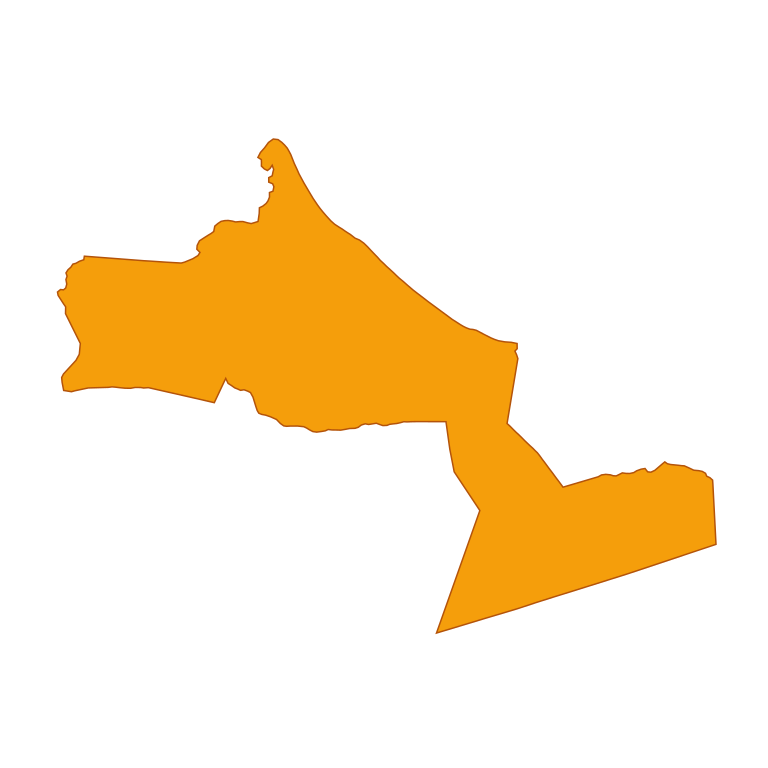 the district of Aracati, Ceará, Brazil, rotated 356°
{"feature_id": "56859067B80165921841857", "entity_name": "Aracati", "entity_type": "district", "adm_level": 2, "iso_a3": "BRA", "parent_name": "Brazil", "parent_adm1": "Ceará", "projection": "albers", "projection_center": [-37.699, -4.677], "detail": "fine", "context": "isolated", "style": "filled", "palette": "amber", "viewbox_px": 768, "rotation_deg": 356, "n_neighbors": 0, "source": "geoboundaries", "source_scale": "gbopen_adm2", "svg_char_len": 3609}
<svg xmlns="http://www.w3.org/2000/svg" viewBox="0 0 768 768"><g transform="rotate(356 384 384)"><path d="M519.6,352.9L513.9,351.3L507.5,350.4L501.1,348.8L497.1,347.1L493.6,345.3L487.1,341.4L479.9,336.9L476.6,335.8L473.5,335.3L470.0,333.7L467.1,332.0L464.2,330.0L456.4,324.2L452.0,320.4L446.1,315.4L443.9,313.5L434.0,305.1L428.2,299.9L423.5,295.8L419.7,292.4L414.5,287.3L410.9,283.6L406.6,279.5L403.8,276.5L401.6,274.0L398.1,270.3L394.7,266.8L392.0,263.7L388.9,260.4L386.3,257.0L383.9,254.2L380.1,249.6L377.2,246.0L373.7,242.1L369.5,238.6L365.3,236.5L360.9,232.5L358.0,230.4L355.4,228.4L353.1,226.5L350.4,224.6L345.9,221.2L342.3,217.5L338.1,212.2L334.9,207.9L332.6,204.6L330.3,201.0L326.3,194.1L322.6,186.8L318.2,178.0L313.9,168.5L312.1,163.5L309.9,157.8L307.0,148.6L305.5,145.2L303.9,141.9L301.5,138.7L299.0,135.9L295.4,132.8L290.6,131.9L285.6,135.0L281.3,140.1L276.9,144.4L274.0,149.2L277.3,151.6L277.2,154.6L276.9,158.1L279.6,161.1L282.6,162.9L285.3,161.1L287.7,158.0L288.9,162.2L287.9,165.2L287.0,168.5L283.4,170.1L283.1,174.6L286.9,176.5L287.9,179.5L286.7,183.9L283.1,185.0L282.8,189.6L281.0,193.3L279.0,195.7L275.5,198.1L272.0,199.5L271.4,205.2L269.7,213.1L265.9,214.0L262.7,214.7L259.1,213.7L254.6,212.1L251.6,211.9L247.3,212.0L244.0,210.9L240.0,210.0L236.5,209.9L232.8,210.4L229.5,212.3L226.2,214.7L224.8,220.0L222.0,221.8L219.2,223.2L215.3,225.3L209.9,228.3L207.3,232.7L206.7,236.5L209.6,239.9L207.4,242.9L202.0,245.7L193.6,248.5L190.2,249.2L175.3,247.3L157.9,244.9L153.9,244.4L94.0,235.6L93.2,239.1L88.8,240.3L85.1,242.1L82.0,242.7L79.8,245.6L76.8,247.9L74.5,251.0L75.4,254.3L74.0,257.6L74.5,262.2L73.2,266.0L70.9,267.7L67.9,267.2L64.7,269.5L65.1,272.9L67.8,277.8L70.0,281.8L71.8,284.8L71.2,291.6L83.9,322.4L82.1,333.1L78.4,338.9L65.0,351.6L62.9,355.0L63.0,359.9L64.0,368.1L71.7,369.9L75.1,369.2L88.7,367.3L108.6,368.1L112.5,367.9L115.8,368.4L120.5,369.3L125.3,370.1L130.9,370.6L135.3,370.1L141.0,370.5L143.9,371.2L148.7,371.2L192.5,384.4L213.4,390.8L226.5,367.4L228.5,372.5L231.6,374.8L234.9,377.5L237.5,378.7L240.4,380.3L244.0,380.0L247.5,381.6L250.2,383.2L252.4,388.0L254.6,397.5L255.7,401.7L257.1,404.4L259.9,405.8L263.7,406.8L268.5,408.8L274.3,411.9L277.9,416.2L281.1,418.8L283.9,419.4L286.9,419.4L294.8,419.9L301.0,421.0L303.7,422.5L306.6,424.6L309.7,426.5L313.5,427.3L318.4,427.0L322.2,426.6L325.1,425.5L328.9,426.2L333.5,426.6L337.6,427.0L342.5,426.5L346.6,426.0L352.0,426.2L355.3,425.4L358.6,423.3L362.5,422.4L365.8,423.3L369.4,423.0L373.6,422.6L376.7,424.0L380.0,425.4L384.1,425.5L386.9,424.6L390.5,424.4L393.9,424.3L397.9,423.7L401.1,423.0L404.3,423.4L408.5,423.5L414.3,423.8L436.4,425.4L443.2,425.9L445.1,453.6L447.9,476.5L470.8,516.9L467.5,524.5L419.0,636.1L468.3,624.9L501.3,617.5L520.2,612.7L538.0,608.4L544.4,606.9L571.0,600.6L593.6,595.2L614.0,590.3L704.0,567.1L705.1,506.7L705.1,502.8L702.6,500.2L699.5,498.5L698.5,495.5L695.4,493.4L691.9,492.4L687.0,491.6L682.6,489.1L677.9,486.6L675.0,486.2L671.4,485.5L667.8,484.9L664.3,484.3L661.1,483.3L658.7,481.3L656.0,483.2L652.5,485.8L648.2,489.0L644.1,490.6L640.9,490.0L638.5,486.5L634.5,486.9L630.0,488.2L627.0,489.8L623.0,490.4L619.4,490.1L615.5,489.3L612.2,490.7L609.2,491.9L606.2,491.5L603.5,490.4L598.9,489.6L594.6,489.9L591.2,491.5L555.4,499.4L553.9,497.0L551.6,493.4L549.3,489.9L547.6,487.2L545.7,484.2L542.8,479.8L540.6,476.3L538.5,473.0L536.7,470.3L534.5,466.7L532.2,463.3L530.1,461.0L528.1,458.6L525.4,455.8L523.1,453.3L520.3,450.2L518.0,447.5L515.0,444.1L512.5,441.5L509.6,438.2L506.8,434.9L504.0,432.0L519.3,368.0L518.3,364.0L516.9,360.3L519.3,358.1L519.6,352.9Z" fill="#f59e0b" stroke="#b45309" stroke-width="1.5"/></g></svg>